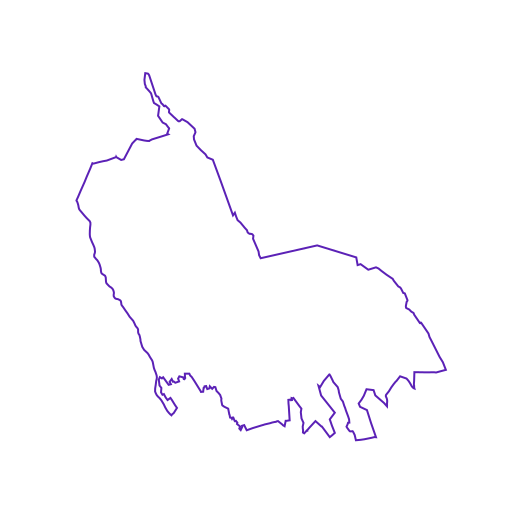 outline of Mētrienas pag., Madona, Latvia, rotated 260°
{"feature_id": "27541924B91196671574766", "entity_name": "Mētrienas pag.", "entity_type": "district", "adm_level": 2, "iso_a3": "LVA", "parent_name": "Latvia", "parent_adm1": "Madona", "projection": "equal_earth", "projection_center": [26.346, 56.675], "detail": "fine", "context": "isolated", "style": "outline", "palette": "violet", "viewbox_px": 512, "rotation_deg": 260, "n_neighbors": 0, "source": "geoboundaries", "source_scale": "gbopen_adm2", "svg_char_len": 5934}
<svg xmlns="http://www.w3.org/2000/svg" viewBox="0 0 512 512"><g transform="rotate(260 256 256)"><path d="M276.5,257.0L278.0,256.2L278.4,255.6L278.9,254.3L278.8,253.9L279.7,252.6L281.0,251.8L282.9,251.6L285.9,249.7L291.6,246.5L294.5,244.1L298.2,243.3L302.3,242.7L300.0,240.4L336.7,234.1L358.3,230.2L361.5,225.2L364.9,223.9L369.8,220.1L375.0,216.6L381.6,215.2L384.8,215.5L387.9,217.6L388.5,217.9L392.0,217.6L399.7,211.8L403.5,207.2L403.6,206.9L402.0,204.3L402.0,203.6L402.0,203.4L402.5,202.7L406.3,199.9L407.1,199.2L408.1,198.5L412.0,195.6L412.5,195.3L412.9,195.3L413.6,195.5L414.9,195.9L415.1,195.9L415.8,195.7L419.8,192.9L419.8,192.5L419.4,191.7L419.6,191.4L421.9,190.2L422.6,189.4L422.8,189.3L429.5,187.5L429.8,187.3L430.1,186.9L430.3,186.6L430.4,186.0L430.5,185.8L430.8,185.6L432.5,185.1L452.3,182.2L453.3,181.9L453.9,181.6L454.4,181.2L455.3,178.7L448.8,176.7L444.7,176.4L442.3,176.9L441.3,176.7L436.4,179.8L434.4,180.9L426.1,181.8L424.4,182.1L422.4,184.4L420.1,186.8L411.4,184.0L411.1,183.9L403.7,187.2L403.6,187.3L401.4,190.2L397.0,192.4L397.0,192.5L396.7,192.6L391.9,189.8L391.1,190.7L390.3,184.9L388.9,173.8L388.0,171.0L387.8,170.8L388.3,168.6L389.2,165.9L392.1,158.7L391.5,158.0L391.4,158.0L391.1,157.4L388.3,153.6L374.2,142.7L374.0,139.9L377.6,135.6L377.9,135.5L377.7,135.4L375.9,125.6L375.9,122.0L375.7,117.7L375.2,112.0L375.8,111.0L370.5,107.7L363.7,103.2L358.6,100.0L350.6,94.6L344.9,90.9L342.5,89.2L341.7,88.8L340.6,89.3L338.8,89.6L336.9,89.8L334.7,89.8L333.2,89.9L331.9,90.4L325.5,94.1L322.8,95.8L319.2,98.3L317.6,98.7L316.4,98.5L315.7,98.4L313.1,97.6L309.9,96.8L306.4,96.1L304.5,95.9L303.1,95.9L298.3,96.9L294.9,97.8L292.6,98.3L291.2,98.4L289.5,98.3L288.2,98.2L287.0,97.8L285.4,96.9L283.9,96.6L283.0,96.7L282.3,97.2L281.1,97.8L279.5,98.9L278.1,99.5L276.5,100.1L274.8,100.5L271.3,100.9L269.9,100.9L268.3,100.7L266.7,100.7L266.1,100.8L265.2,101.3L262.8,103.9L262.1,104.1L260.9,104.3L256.6,103.8L255.1,104.0L253.4,105.1L251.5,106.4L250.0,108.0L248.6,109.0L247.2,109.5L245.5,109.7L244.6,109.7L243.7,109.5L242.5,109.1L241.2,108.9L240.2,109.2L239.3,109.6L238.7,110.0L238.1,110.8L237.5,112.5L236.2,114.3L235.4,114.9L234.7,115.1L233.1,115.1L231.8,115.0L230.8,115.2L228.7,116.3L224.9,118.0L221.8,119.5L218.1,121.0L213.5,123.8L210.8,124.6L208.7,125.1L207.6,125.5L205.6,126.7L204.7,127.0L204.1,127.1L203.3,127.0L201.6,126.7L200.7,126.7L199.6,126.9L198.7,127.4L197.2,127.6L194.0,127.7L192.3,127.5L186.3,128.2L183.0,129.5L179.1,132.4L177.4,133.2L175.0,134.0L171.4,135.5L170.2,135.8L169.3,135.9L163.6,136.0L161.6,136.3L159.1,136.9L155.6,137.4L153.7,137.3L152.3,136.9L150.2,136.0L146.6,134.9L143.1,133.7L140.1,133.1L138.1,133.5L136.2,134.1L134.5,135.1L132.9,136.3L130.4,137.7L126.0,139.4L122.7,140.3L118.9,141.7L116.6,143.0L114.8,144.2L113.8,145.1L114.5,145.7L115.6,147.7L120.1,151.8L123.4,150.3L128.7,148.2L131.1,147.1L129.5,143.9L132.3,142.5L136.0,141.3L135.6,139.8L138.2,138.8L142.5,139.9L145.2,138.5L151.1,138.8L153.4,140.3L151.8,142.1L152.7,143.5L144.3,147.6L144.5,149.9L147.1,149.1L149.5,151.6L146.6,152.4L146.7,153.2L145.2,154.5L145.8,158.5L148.8,158.0L150.8,159.6L149.1,163.3L147.4,163.5L147.1,164.1L148.1,165.1L149.6,165.1L152.5,165.5L151.7,169.9L149.8,170.4L148.0,171.7L143.6,173.6L132.6,178.0L131.7,178.2L131.5,180.4L134.2,181.2L135.3,181.6L135.4,182.2L136.6,182.7L136.6,184.3L133.4,184.9L133.7,187.1L135.7,187.9L132.8,189.8L134.4,191.9L133.9,193.2L129.9,193.7L127.6,195.3L125.3,196.6L123.8,196.8L121.7,197.2L120.2,196.8L119.4,196.7L115.1,196.8L114.6,197.0L114.3,197.3L114.0,197.7L113.5,198.1L112.6,199.2L110.5,202.1L104.5,202.2L104.1,202.4L101.8,202.4L101.3,202.5L101.0,203.7L99.7,204.1L100.9,205.3L101.0,205.4L100.8,205.6L97.4,206.3L96.9,206.6L97.1,207.6L95.1,208.7L93.9,208.1L90.9,210.7L90.7,210.6L88.9,209.6L87.2,210.7L90.1,212.8L91.2,212.8L91.5,215.0L86.0,216.6L87.1,223.0L88.0,230.4L88.2,231.9L88.4,234.0L88.6,235.2L88.9,240.9L89.2,243.0L89.3,245.5L89.2,246.8L89.5,247.4L89.6,249.0L85.2,252.9L84.7,253.1L83.4,254.6L88.5,256.6L88.4,256.9L88.3,260.6L102.5,262.2L105.2,262.4L108.7,262.9L108.6,264.3L108.7,265.1L107.9,265.4L107.9,266.4L109.9,266.5L109.4,267.5L109.7,268.2L100.6,272.7L97.8,274.2L94.4,273.0L88.1,272.6L83.4,273.8L80.0,272.4L77.5,272.1L76.7,272.2L74.0,271.6L73.0,272.7L75.6,276.1L75.4,276.3L75.7,276.4L77.6,278.7L83.1,285.9L76.7,290.9L76.6,291.3L64.8,297.2L66.1,299.6L68.1,302.9L75.9,301.3L82.3,300.3L88.0,306.4L107.3,295.9L117.4,295.0L115.8,296.4L121.2,301.1L126.6,307.6L126.6,307.8L124.9,308.5L120.4,309.8L118.4,310.3L112.7,313.7L110.3,314.0L109.1,314.1L107.4,314.0L100.7,314.7L97.6,316.3L93.1,316.9L90.8,317.4L88.4,317.7L81.9,318.9L79.1,319.3L75.7,319.0L75.8,317.7L74.2,316.9L72.2,315.5L71.1,315.9L68.0,317.4L67.1,318.0L66.8,318.9L66.7,320.7L65.7,321.2L62.6,322.1L57.2,322.4L56.8,327.3L56.7,330.9L56.9,338.4L57.1,341.2L56.7,342.7L71.5,340.3L85.0,338.5L89.4,332.3L92.9,331.5L96.1,334.9L99.6,337.9L105.6,341.7L103.5,348.5L98.0,349.3L92.9,353.4L89.1,356.5L85.2,358.9L86.6,359.2L87.6,359.3L89.8,359.9L91.2,360.1L92.4,360.1L93.7,359.9L94.8,359.6L95.5,359.5L96.4,359.8L96.8,360.1L99.7,363.4L103.1,366.4L105.9,369.3L107.9,371.6L108.6,372.7L112.5,377.0L109.2,382.9L108.3,383.5L106.4,384.6L104.3,385.5L102.6,386.1L100.6,386.8L99.9,387.2L98.5,388.2L98.0,389.0L99.3,388.9L100.7,389.2L101.3,389.1L103.1,389.4L105.4,390.0L114.1,391.8L112.2,401.7L110.5,411.5L110.0,413.1L110.5,418.3L110.9,423.2L118.9,421.6L124.7,419.3L141.3,414.3L146.1,412.8L149.7,412.4L161.7,407.0L161.8,406.8L161.4,406.3L161.3,406.0L161.4,405.8L170.7,401.6L171.9,401.4L172.6,401.2L174.2,399.3L176.7,397.6L178.4,395.3L178.9,394.8L180.2,394.8L181.0,395.0L184.7,396.4L185.7,397.4L186.2,397.5L193.2,396.1L193.5,395.9L194.0,394.6L198.6,393.2L198.9,393.1L200.1,392.4L201.2,391.0L201.4,390.8L207.7,387.4L209.9,386.6L210.2,386.2L214.9,381.3L219.6,376.9L222.4,374.5L224.0,372.2L223.0,364.2L229.8,357.6L229.4,354.5L237.2,354.5L255.8,318.1L253.0,260.2L256.3,259.2L260.0,259.3L273.5,256.1L276.5,257.0Z" fill="none" stroke="#5b21b6" stroke-width="2"/></g></svg>